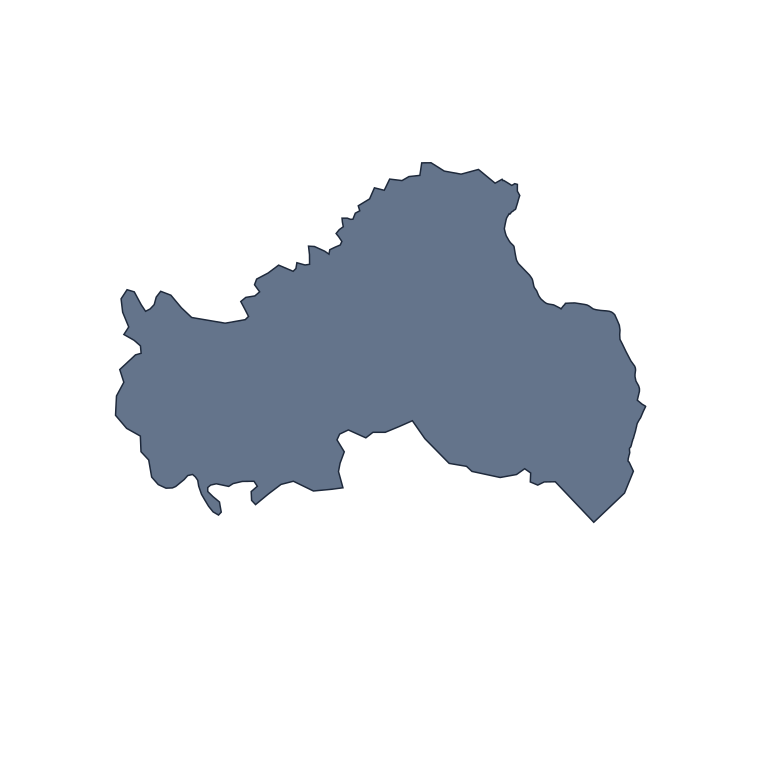 outline of Santa Clara de Olimar, Treinta y Tres, Uruguay, rotated 137°
{"feature_id": "84410073B4771641932521", "entity_name": "Santa Clara de Olimar", "entity_type": "district", "adm_level": 2, "iso_a3": "URY", "parent_name": "Uruguay", "parent_adm1": "Treinta y Tres", "projection": "equal_earth", "projection_center": [-54.951, -33.024], "detail": "fine", "context": "isolated", "style": "filled", "palette": "slate", "viewbox_px": 768, "rotation_deg": 137, "n_neighbors": 0, "source": "geoboundaries", "source_scale": "gbopen_adm2", "svg_char_len": 4239}
<svg xmlns="http://www.w3.org/2000/svg" viewBox="0 0 768 768"><g transform="rotate(137 384 384)"><path d="M210.9,335.5L211.0,336.8L211.2,338.5L211.2,339.4L211.1,340.3L210.8,342.4L210.4,343.8L209.3,346.7L208.8,348.0L208.7,348.7L208.6,349.4L208.4,351.2L208.3,351.7L208.1,352.3L207.9,352.9L207.6,353.5L204.8,358.1L204.4,358.9L204.0,359.8L203.9,360.5L203.7,361.2L203.3,364.4L203.4,369.7L203.6,379.9L203.6,380.4L203.5,380.9L202.8,383.6L202.6,384.0L202.4,384.6L202.1,385.1L200.9,387.1L198.8,390.4L195.6,395.2L195.3,395.7L195.1,396.1L195.0,396.6L195.0,397.3L195.0,398.3L195.1,399.3L195.1,400.4L195.2,401.0L195.1,401.5L195.0,402.3L194.9,403.1L194.6,404.6L194.2,406.1L193.7,408.4L193.6,408.8L193.5,409.1L192.2,411.8L190.5,414.8L190.2,415.3L190.0,415.6L189.7,415.8L186.6,418.1L182.3,421.1L180.8,421.9L179.0,422.4L176.4,423.2L176.4,422.7L176.2,422.5L175.9,422.4L175.5,422.4L175.1,422.4L174.7,422.6L174.2,422.7L173.5,422.8L173.0,422.7L172.0,422.5L171.4,422.4L171.0,422.4L170.5,422.5L169.8,422.3L169.0,422.1L168.3,422.2L167.3,422.8L165.8,423.7L164.7,424.3L163.5,425.0L162.1,425.8L160.7,426.7L159.0,427.7L157.1,428.8L156.2,429.2L155.3,432.6L155.0,434.0L154.1,435.0L152.4,436.8L150.3,439.0L150.9,440.0L151.8,441.4L153.5,441.7L155.1,442.1L156.2,446.2L157.6,451.2L158.3,451.6L158.0,453.2L165.8,455.1L168.6,476.5L184.5,484.9L194.7,498.6L198.7,513.7L205.6,520.0L215.5,512.1L224.3,518.7L232.1,520.5L240.1,530.0L251.7,525.5L257.2,534.0L268.3,529.2L281.3,531.9L283.6,527.2L288.5,528.5L294.4,525.7L296.3,527.4L297.7,530.3L301.6,533.9L304.0,530.8L306.5,526.8L311.5,527.4L316.4,526.7L316.7,522.6L317.6,517.0L321.2,515.5L326.1,517.3L332.0,519.2L335.7,516.5L336.8,521.6L341.1,532.0L345.2,536.3L350.3,529.4L356.8,522.3L360.6,524.9L365.0,532.1L369.7,528.5L373.6,528.4L380.0,542.8L393.1,544.2L405.6,547.6L411.0,544.9L412.1,536.2L418.4,536.5L426.0,541.6L432.5,542.0L434.8,533.4L437.0,525.8L441.6,525.7L458.7,536.8L479.3,563.8L480.2,577.9L479.3,594.3L484.1,604.1L491.3,602.9L497.9,598.8L503.9,598.4L508.8,599.8L507.5,607.6L503.8,621.7L507.6,628.2L518.2,625.6L526.2,614.7L531.8,599.8L540.5,597.6L537.0,586.5L536.1,578.0L540.7,572.1L545.9,574.8L567.4,574.8L573.1,562.7L587.8,557.7L601.7,544.2L602.5,527.1L597.7,512.1L607.9,500.2L607.9,488.9L617.4,474.4L617.7,464.4L614.5,456.5L609.6,452.3L606.2,451.1L595.3,450.4L590.0,450.9L585.7,448.4L585.3,444.7L585.9,440.6L589.2,435.7L592.7,427.8L594.1,421.7L595.7,414.1L596.2,407.0L594.4,401.0L590.4,401.3L586.6,407.2L584.8,409.9L585.9,418.4L586.2,425.6L583.5,428.5L579.7,428.3L574.7,425.4L567.4,415.0L562.3,414.1L554.1,409.4L545.4,401.5L546.4,395.6L554.5,395.9L560.2,389.2L560.2,383.4L543.4,382.4L527.8,380.8L516.6,374.7L508.6,353.9L494.2,342.8L484.8,336.1L477.0,351.0L470.2,356.0L459.3,361.5L456.5,375.2L450.6,377.6L441.4,374.7L434.0,357.0L425.0,356.2L416.0,347.8L401.8,342.5L388.3,337.8L391.4,316.1L390.5,281.5L379.8,267.5L379.3,260.1L362.8,236.4L348.8,227.4L338.9,226.1L337.4,218.9L343.8,212.6L340.5,205.2L333.6,203.1L325.4,195.7L324.9,139.8L282.5,140.2L261.1,150.1L258.1,159.5L258.0,159.9L258.2,160.4L258.2,160.6L258.2,160.9L257.9,161.4L257.0,162.2L256.5,162.7L254.8,163.8L253.7,164.6L252.4,165.3L252.1,165.5L251.4,166.0L250.8,166.5L250.2,167.4L249.3,168.5L248.7,169.2L248.3,169.5L247.3,169.7L246.5,169.7L245.9,170.0L244.8,170.6L243.0,171.8L241.6,172.7L240.8,173.0L240.3,173.5L239.9,173.8L239.4,173.9L238.7,174.1L238.0,174.6L235.4,176.2L232.3,178.0L229.1,180.2L228.3,180.7L227.8,181.0L227.3,181.5L226.9,181.7L226.4,182.0L225.6,182.5L224.0,183.0L222.9,183.4L221.4,183.8L220.5,184.1L219.7,184.2L218.5,184.7L213.4,187.0L208.0,189.1L207.9,189.5L209.0,193.2L209.7,198.7L209.8,199.4L202.1,204.5L200.4,206.3L199.1,208.8L197.7,214.4L195.4,218.2L193.7,220.0L190.5,222.6L189.3,224.2L188.5,226.0L187.7,232.5L184.9,242.7L182.4,250.7L181.0,255.7L177.9,259.4L174.6,262.5L171.8,266.5L170.0,271.4L168.0,277.3L168.1,279.5L168.5,281.4L169.6,283.5L171.3,285.6L175.4,290.1L178.2,293.6L179.8,296.2L180.8,301.1L181.6,303.3L182.9,305.2L185.7,308.8L189.2,313.2L192.5,316.1L196.3,319.3L197.5,318.9L199.6,318.8L203.3,318.2L203.3,318.4L203.3,318.6L203.3,318.9L203.4,319.1L205.7,325.5L206.2,326.5L207.2,327.8L208.7,329.7L209.5,330.9L210.1,331.9L210.4,332.8L210.6,333.7L210.8,334.5L210.9,335.5Z" fill="#64748b" stroke="#1e293b" stroke-width="1.5"/></g></svg>